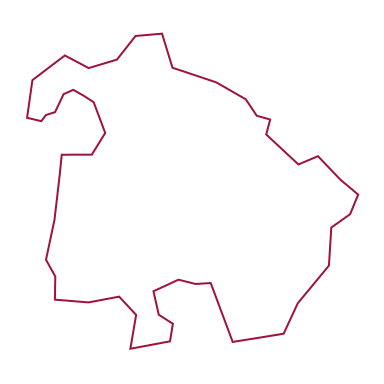 the district of Kushtepa, Ferghana, Uzbekistan, rotated 181°
{"feature_id": "79887680B56995537187313", "entity_name": "Kushtepa", "entity_type": "district", "adm_level": 2, "iso_a3": "UZB", "parent_name": "Uzbekistan", "parent_adm1": "Ferghana", "projection": "mercator", "projection_center": [71.644, 40.53], "detail": "fine", "context": "isolated", "style": "outline", "palette": "rose", "viewbox_px": 384, "rotation_deg": 181, "n_neighbors": 0, "source": "geoboundaries", "source_scale": "gbopen_adm2", "svg_char_len": 745}
<svg xmlns="http://www.w3.org/2000/svg" viewBox="0 0 384 384"><g transform="rotate(181 192 192)"><path d="M358.2,263.3L343.9,260.2L339.4,266.4L330.3,269.5L322.1,287.6L312.5,292.1L301.2,285.9L291.9,280.1L279.8,249.5L292.8,227.6L322.9,227.0L324.4,208.6L329.0,161.8L336.8,121.7L327.2,105.1L327.2,82.0L293.6,79.8L263.0,86.1L245.7,68.1L250.9,34.2L211.4,42.3L208.8,59.9L223.1,68.7L228.8,92.1L204.0,104.1L186.8,100.1L171.7,101.3L148.7,42.8L97.9,51.9L84.3,82.6L53.8,120.8L52.1,158.9L33.5,172.6L25.8,192.3L43.4,206.5L66.7,230.0L86.1,221.4L118.8,250.8L115.1,265.8L128.6,269.4L139.8,285.6L169.8,302.1L213.7,315.9L224.7,349.8L251.2,347.0L269.3,323.1L297.5,314.1L321.5,326.3L353.5,301.1L358.2,263.3Z" fill="none" stroke="#9f1239" stroke-width="2"/></g></svg>